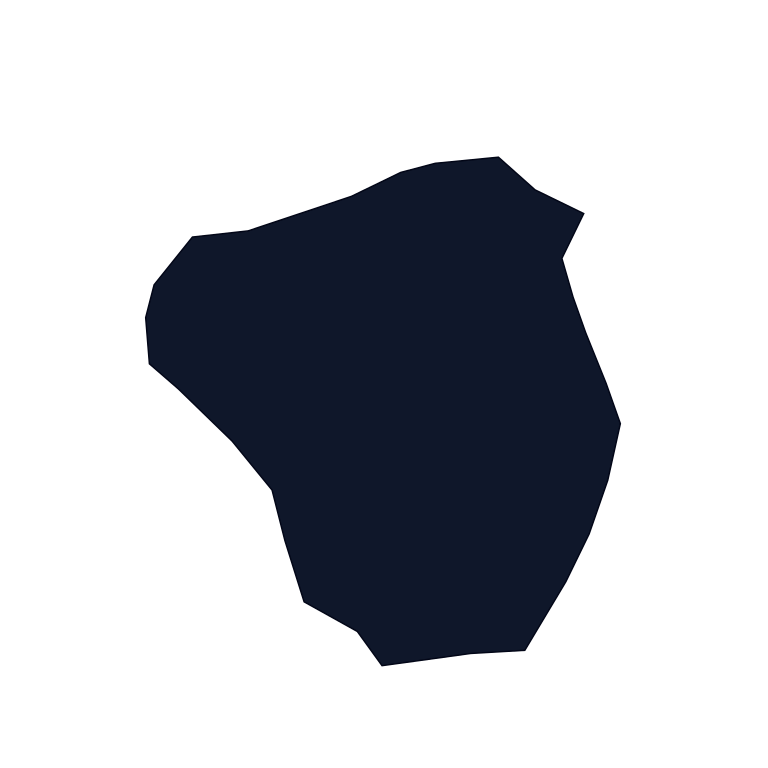 Ftericha, Cyprus (Robinson projection), rotated 206°
{"feature_id": "46923920B7341573367823", "entity_name": "Ftericha", "entity_type": "district", "adm_level": 2, "iso_a3": "CYP", "parent_name": "Cyprus", "parent_adm1": "", "projection": "robinson", "projection_center": [33.226, 35.318], "detail": "fine", "context": "isolated", "style": "filled", "palette": "ink", "viewbox_px": 768, "rotation_deg": 206, "n_neighbors": 0, "source": "geoboundaries", "source_scale": "gbopen_adm2", "svg_char_len": 531}
<svg xmlns="http://www.w3.org/2000/svg" viewBox="0 0 768 768"><g transform="rotate(206 384 384)"><path d="M262.3,130.0L188.0,179.8L140.7,206.4L133.9,286.0L133.9,339.2L140.7,395.6L154.2,452.0L184.6,481.9L225.2,518.5L252.2,545.0L279.2,574.9L279.2,624.7L333.3,624.7L380.6,638.0L434.7,604.8L461.7,581.5L495.5,538.4L536.1,498.5L573.3,462.0L620.6,432.1L634.1,372.4L627.3,339.2L603.7,299.3L566.5,289.4L495.5,266.1L438.1,239.6L404.3,199.7L360.3,153.2L299.5,149.9L262.3,130.0Z" fill="#0f172a" stroke="#020617" stroke-width="1.5"/></g></svg>